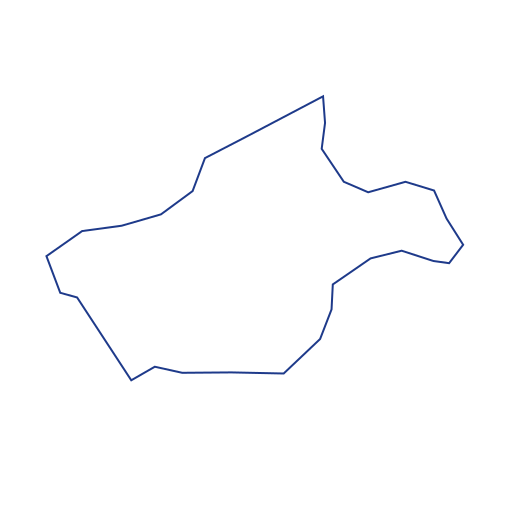 Żebbuġ, Natural Earth projection, rotated 336°
{"feature_id": "MLT-5946", "entity_name": "Żebbuġ", "entity_type": "state/province", "adm_level": 1, "iso_a3": "MLT", "parent_name": "Malta", "parent_adm1": "", "projection": "natural_earth1", "projection_center": [14.44, 35.87], "detail": "fine", "context": "isolated", "style": "outline", "palette": "blue", "viewbox_px": 512, "rotation_deg": 336, "n_neighbors": 0, "source": "natural_earth", "source_scale": "10m", "svg_char_len": 533}
<svg xmlns="http://www.w3.org/2000/svg" viewBox="0 0 512 512"><g transform="rotate(336 256 256)"><path d="M91.5,318.8L75.7,221.1L62.2,210.0L64.5,170.9L107.3,162.5L145.6,173.7L186.1,179.3L224.5,170.9L249.2,145.8L296.6,143.0L382.2,137.4L373.2,162.5L359.6,184.8L366.4,223.9L384.4,243.4L422.7,249.0L445.3,268.6L445.3,299.3L449.8,330.0L429.5,341.1L416.0,332.7L391.2,310.4L359.7,304.8L314.6,313.2L303.3,335.5L280.8,357.9L233.5,374.6L186.1,352.3L141.1,332.7L118.5,316.0L91.5,318.8Z" fill="none" stroke="#1e3a8a" stroke-width="2"/></g></svg>